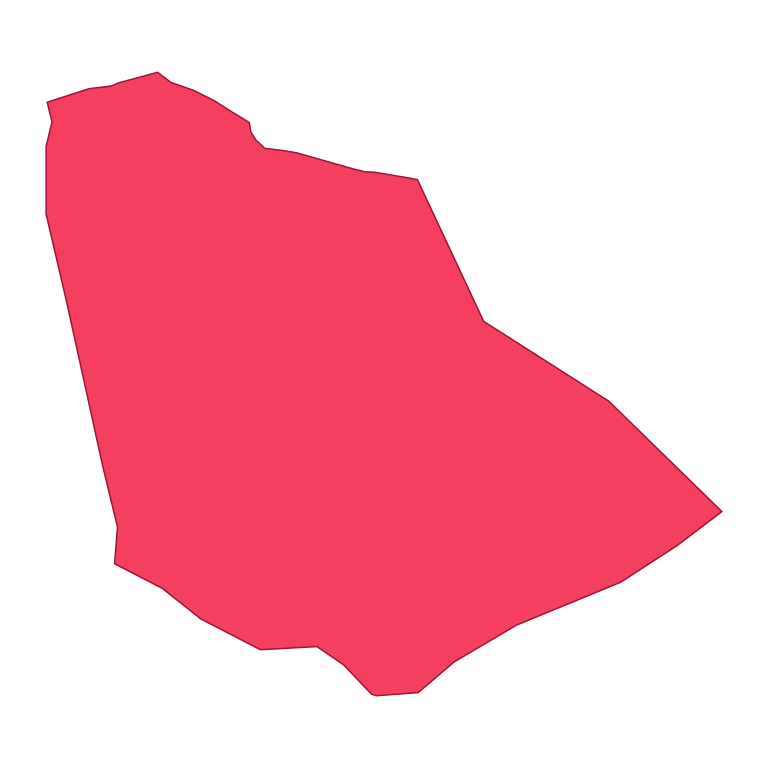 the district of Rose Hill, Castries, Saint Lucia
{"feature_id": "8701671B64973472521789", "entity_name": "Rose Hill", "entity_type": "district", "adm_level": 2, "iso_a3": "LCA", "parent_name": "Saint Lucia", "parent_adm1": "Castries", "projection": "mercator", "projection_center": [-60.986, 14.008], "detail": "fine", "context": "isolated", "style": "filled", "palette": "rose", "viewbox_px": 768, "rotation_deg": 0, "n_neighbors": 0, "source": "geoboundaries", "source_scale": "gbopen_adm2", "svg_char_len": 635}
<svg xmlns="http://www.w3.org/2000/svg" viewBox="0 0 768 768"><path d="M47.2,102.2L52.0,122.0L46.1,146.5L46.1,214.0L66.9,303.0L102.6,465.6L117.5,527.0L114.6,563.8L162.2,588.3L200.9,619.0L260.4,649.7L317.0,646.6L343.8,665.0L371.5,694.2L376.6,695.7L418.2,692.6L454.0,662.0L516.5,625.1L620.7,582.2L677.3,545.4L721.9,511.6L608.8,401.2L483.7,321.4L417.4,179.6L409.5,178.1L374.3,172.2L365.2,171.8L355.3,169.5L296.2,152.7L282.2,150.4L264.8,148.4L256.1,140.2L250.8,132.0L249.3,122.6L230.3,110.9L214.4,100.8L193.2,90.2L170.9,82.4L157.6,72.3L118.6,82.8L111.4,86.0L89.0,88.7L47.2,102.2Z" fill="#f43f5e" stroke="#9f1239" stroke-width="1.5"/></svg>